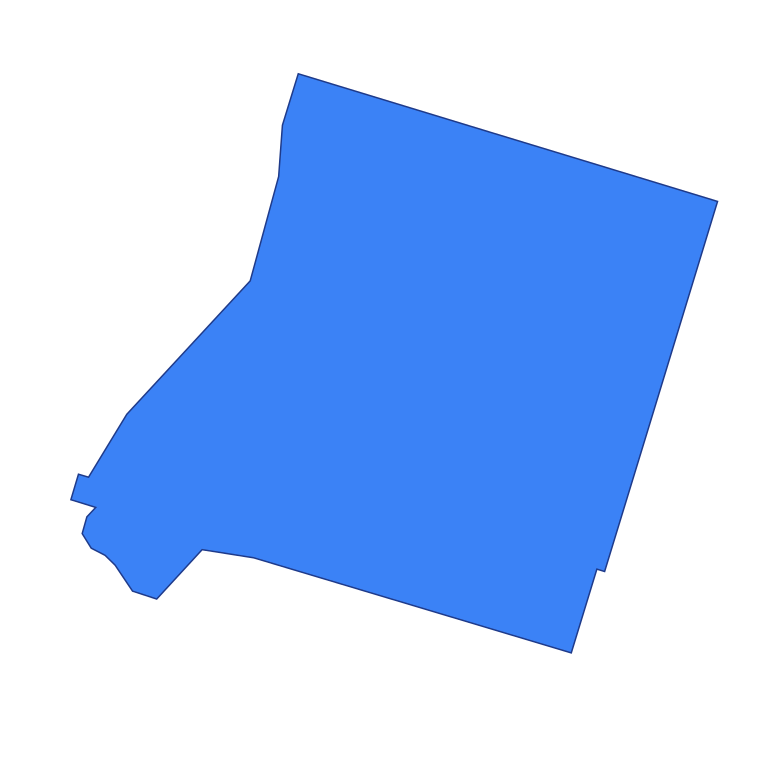 85, Ar Rayyān, Qatar, rotated 287°
{"feature_id": "91078587B12839905472934", "entity_name": "85", "entity_type": "district", "adm_level": 2, "iso_a3": "QAT", "parent_name": "Qatar", "parent_adm1": "Ar Rayyān", "projection": "albers", "projection_center": [50.97, 25.364], "detail": "fine", "context": "isolated", "style": "filled", "palette": "blue", "viewbox_px": 768, "rotation_deg": 287, "n_neighbors": 0, "source": "geoboundaries", "source_scale": "gbopen_adm2", "svg_char_len": 507}
<svg xmlns="http://www.w3.org/2000/svg" viewBox="0 0 768 768"><g transform="rotate(287 384 384)"><path d="M181.6,641.7L269.2,641.7L269.2,649.8L411.0,649.8L656.1,649.6L656.0,540.2L655.8,410.1L655.6,211.3L601.8,211.2L551.6,222.6L443.5,225.9L335.6,173.8L279.9,146.9L208.5,128.7L208.4,118.2L181.8,118.4L181.7,144.4L170.1,138.7L152.7,139.1L141.4,152.0L138.6,167.4L132.1,179.9L118.0,197.2L112.4,204.1L111.9,229.5L172.4,258.5L179.7,310.2L181.6,641.7Z" fill="#3b82f6" stroke="#1e3a8a" stroke-width="1.5"/></g></svg>